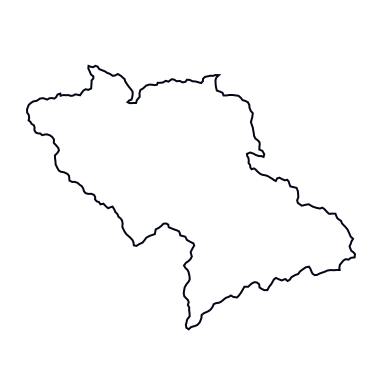 Sabinópolis, Minas Gerais, Brazil, rotated 84°
{"feature_id": "56859067B20654239248752", "entity_name": "Sabinópolis", "entity_type": "district", "adm_level": 2, "iso_a3": "BRA", "parent_name": "Brazil", "parent_adm1": "Minas Gerais", "projection": "orthographic", "projection_center": [-43.061, -18.65], "detail": "fine", "context": "isolated", "style": "outline", "palette": "ink", "viewbox_px": 384, "rotation_deg": 84, "n_neighbors": 0, "source": "geoboundaries", "source_scale": "gbopen_adm2", "svg_char_len": 5111}
<svg xmlns="http://www.w3.org/2000/svg" viewBox="0 0 384 384"><g transform="rotate(84 192 192)"><path d="M55.8,281.7L58.2,282.2L61.2,281.2L64.6,280.2L66.7,278.0L68.9,278.3L70.5,280.2L73.6,280.6L75.9,281.0L78.5,281.5L79.6,284.4L78.7,287.0L79.8,289.4L82.0,291.5L84.1,293.2L83.3,295.7L82.7,297.9L83.7,300.2L83.7,302.7L82.7,304.6L82.6,307.1L82.1,309.8L82.5,312.6L80.4,312.7L81.0,315.5L83.4,317.2L84.7,319.2L83.9,321.6L83.9,323.8L84.9,326.5L83.1,330.2L83.2,333.4L85.0,336.7L85.4,340.6L86.9,343.4L88.5,345.4L90.5,346.4L92.9,347.5L96.0,347.6L98.2,346.3L101.2,346.2L103.7,347.0L105.3,345.4L107.5,344.4L109.1,342.3L111.3,341.8L114.0,342.3L116.6,341.1L117.6,339.0L118.0,336.7L119.8,335.1L119.5,332.8L119.5,330.2L120.9,327.2L122.8,325.2L125.3,323.8L128.7,324.3L130.8,322.7L132.8,321.3L134.5,320.3L136.8,320.0L139.1,321.8L141.3,324.5L143.9,324.7L146.4,324.6L150.4,324.7L153.0,323.8L155.0,323.0L157.0,322.0L158.2,320.2L159.0,317.2L161.0,314.0L162.8,312.7L165.0,312.6L167.8,312.7L169.5,310.1L169.6,307.8L170.9,304.9L173.2,302.8L174.6,301.1L177.0,299.9L180.1,299.3L182.0,298.0L183.0,295.5L183.3,292.2L184.7,289.7L187.1,288.8L189.2,289.2L191.3,287.8L192.3,285.6L194.7,284.3L194.4,281.3L197.3,279.1L199.4,277.1L198.7,274.9L198.2,272.6L201.2,271.1L203.9,270.3L206.1,268.5L208.9,267.7L210.7,265.9L212.9,264.6L215.8,264.3L219.5,264.9L222.3,264.0L224.3,263.2L227.0,261.8L229.6,259.4L231.5,257.7L233.8,256.1L236.1,255.5L239.0,255.4L239.8,252.9L238.3,249.9L237.1,246.4L234.8,244.1L232.7,242.3L231.3,239.0L230.6,236.1L230.0,233.4L227.8,232.7L225.4,232.0L224.1,228.6L222.5,226.0L220.6,223.8L220.6,221.0L221.9,219.1L224.6,218.8L226.3,215.7L227.7,213.0L228.6,210.9L229.9,209.0L231.9,208.4L233.9,208.2L234.8,205.9L235.8,203.3L239.1,202.1L241.5,198.8L243.2,196.0L245.5,195.4L247.2,196.7L249.7,198.4L251.6,199.6L253.9,199.3L256.1,198.9L258.2,200.2L260.3,202.6L261.7,205.3L264.3,207.7L267.3,206.2L269.0,204.6L271.3,203.8L274.2,203.4L276.2,203.3L278.6,203.4L280.8,204.7L283.1,207.1L286.0,209.2L288.9,210.1L291.7,210.8L294.8,210.6L296.7,209.2L299.1,207.3L301.3,206.8L303.9,207.9L306.6,206.8L308.7,207.2L312.0,207.1L315.4,207.3L317.1,209.1L318.8,210.4L321.0,211.0L323.4,212.0L326.4,211.8L328.2,209.6L326.2,207.0L325.6,203.2L324.8,200.6L322.8,198.2L320.2,196.7L318.3,195.8L315.3,195.3L313.7,192.7L312.6,189.0L311.4,186.5L310.1,185.0L308.3,183.5L305.8,182.1L305.1,179.9L304.9,176.5L303.8,173.9L302.5,172.1L300.8,169.4L300.1,166.4L299.0,164.2L300.7,161.8L301.6,158.3L299.9,156.2L297.5,154.0L294.7,151.9L291.7,149.8L292.1,146.0L290.6,144.1L289.2,142.1L288.2,139.2L288.8,136.9L290.7,134.9L294.0,134.8L295.7,132.7L297.2,130.3L297.4,127.3L294.3,125.2L292.0,122.9L289.7,121.2L287.5,119.7L286.2,117.5L287.7,115.1L289.3,112.1L288.3,108.3L290.5,106.2L289.5,104.0L287.1,102.0L285.3,97.9L284.6,94.9L282.3,92.9L280.4,89.7L278.8,86.8L278.5,83.4L281.0,82.2L283.6,81.5L285.9,80.6L287.5,78.6L287.5,76.2L286.5,73.9L285.8,71.0L285.2,68.3L284.3,65.8L284.1,62.7L284.6,59.1L284.7,55.7L285.0,53.3L282.9,53.4L279.8,52.5L277.6,50.2L276.1,48.8L274.9,46.4L275.6,43.3L274.1,40.9L274.0,37.1L270.8,36.4L268.9,37.7L267.0,39.8L264.9,40.4L262.6,41.0L260.2,39.6L257.7,38.5L255.4,36.7L252.9,38.9L249.5,39.9L245.7,41.2L243.0,42.9L240.8,44.7L238.7,46.2L236.3,46.8L234.6,48.9L233.1,50.3L230.9,51.0L228.6,51.6L228.1,55.2L228.1,57.8L226.6,59.3L224.5,60.9L222.6,62.3L221.2,64.1L221.8,66.5L220.8,69.8L219.3,73.2L217.6,75.6L216.4,77.2L216.6,80.4L217.1,84.2L215.3,86.3L213.9,87.9L211.2,88.3L208.6,86.9L206.2,86.7L202.3,86.6L198.8,87.6L197.7,90.8L196.7,93.6L194.0,94.3L191.6,94.8L189.8,96.0L190.1,98.4L188.5,101.2L186.9,103.6L187.4,105.9L189.8,107.5L188.7,109.3L187.3,110.7L185.9,112.6L184.3,114.7L183.1,117.1L182.6,119.2L181.6,121.5L180.3,123.1L178.6,124.7L176.4,126.3L175.0,127.9L175.6,130.4L173.7,131.4L171.3,131.4L169.0,132.7L166.5,132.2L163.9,132.4L161.8,133.4L159.8,133.3L158.8,130.0L160.2,127.0L162.0,124.4L163.3,121.6L163.5,119.3L164.6,117.2L162.1,116.2L160.3,116.9L158.4,117.8L156.8,120.6L153.9,120.2L151.3,119.6L149.3,119.8L147.7,121.0L145.4,123.4L142.6,124.4L140.2,124.4L137.9,124.6L134.4,124.8L131.4,125.5L128.6,126.1L126.3,125.2L124.1,124.3L120.0,123.3L117.6,125.0L114.3,126.0L111.4,125.9L108.5,127.1L106.9,129.7L105.8,132.2L103.4,133.6L101.2,135.7L100.6,138.1L99.8,141.4L99.4,144.8L99.6,147.6L99.3,150.5L96.5,151.3L95.3,153.3L93.7,156.7L90.1,157.2L86.5,157.2L83.0,156.9L80.7,155.8L78.6,153.0L78.1,156.5L78.7,158.6L78.3,161.5L78.6,164.2L78.9,167.1L80.6,169.2L82.9,169.6L84.6,171.5L83.5,174.4L82.5,176.8L81.9,180.0L80.2,182.7L79.9,185.4L81.7,186.9L82.0,189.9L80.3,192.5L80.2,195.8L78.4,198.0L77.7,200.1L78.6,202.0L79.8,203.8L78.7,206.5L80.0,209.3L80.1,212.3L79.8,214.7L81.7,215.7L81.8,218.0L81.2,220.2L80.7,223.1L81.4,226.5L83.8,229.7L85.2,232.7L88.3,233.9L91.9,234.1L93.4,235.7L95.0,237.3L97.6,238.3L97.3,242.1L97.1,244.9L95.9,246.7L94.4,244.9L93.8,242.5L91.4,241.5L88.3,240.7L85.7,240.7L83.1,242.2L80.6,243.9L78.8,244.9L76.9,245.9L74.8,246.9L72.7,247.2L71.2,248.7L69.2,250.4L66.9,253.4L68.0,256.0L68.2,258.6L65.8,261.5L64.7,263.9L62.9,266.0L61.5,268.7L60.1,271.4L57.5,272.7L56.4,274.8L57.6,277.4L56.9,279.5L55.8,281.7Z" fill="none" stroke="#020617" stroke-width="2"/></g></svg>